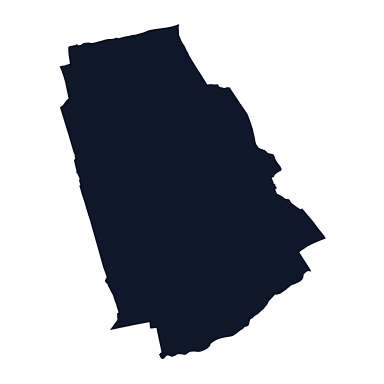 outline of Deleni, Vaslui, Romania, rotated 91°
{"feature_id": "2599482B86595247062374", "entity_name": "Deleni", "entity_type": "district", "adm_level": 2, "iso_a3": "ROU", "parent_name": "Romania", "parent_adm1": "Vaslui", "projection": "mercator", "projection_center": [27.752, 46.541], "detail": "fine", "context": "isolated", "style": "filled", "palette": "ink", "viewbox_px": 384, "rotation_deg": 91, "n_neighbors": 0, "source": "geoboundaries", "source_scale": "gbopen_adm2", "svg_char_len": 5800}
<svg xmlns="http://www.w3.org/2000/svg" viewBox="0 0 384 384"><g transform="rotate(91 192 192)"><path d="M109.9,324.6L126.8,319.1L136.6,315.9L151.0,311.4L153.8,310.5L154.8,310.1L156.4,309.3L157.3,309.2L159.1,309.0L161.3,308.4L162.3,309.8L167.2,308.6L172.1,307.4L172.8,305.8L173.4,307.1L173.7,307.2L174.1,307.4L174.3,307.3L174.3,307.1L174.2,306.7L175.7,306.2L176.2,305.9L178.7,304.7L179.9,304.2L181.4,303.6L181.6,303.7L181.9,304.0L182.2,304.3L182.4,304.4L185.3,303.5L187.1,303.0L187.4,303.0L187.5,303.1L188.1,303.9L189.0,303.5L192.4,302.5L195.8,301.5L204.3,298.5L209.0,297.1L210.9,296.5L212.9,295.8L216.4,294.7L219.1,293.8L221.5,292.9L229.7,290.5L237.9,288.0L253.1,283.4L268.3,278.9L271.9,277.5L275.3,276.2L277.1,275.5L278.0,275.3L279.1,275.3L280.0,275.3L280.4,275.8L280.8,276.2L281.9,276.6L282.3,276.6L283.3,276.4L284.1,275.5L284.7,274.6L285.3,274.2L287.1,273.6L290.9,271.5L292.4,270.8L295.7,268.8L297.4,268.2L298.3,267.9L301.9,266.7L302.6,266.5L303.3,266.0L303.9,265.9L305.0,265.3L307.7,264.6L309.1,264.1L313.8,262.5L314.4,262.6L315.1,264.0L321.4,263.6L330.3,269.9L327.9,259.3L325.2,247.4L322.7,235.2L322.3,233.6L322.2,232.0L322.2,231.5L324.1,231.3L325.3,231.2L326.3,231.1L327.2,230.8L327.5,231.0L328.4,230.9L328.3,229.1L327.5,224.6L331.7,223.7L338.0,222.3L343.6,221.0L344.8,220.7L345.7,220.5L346.0,220.4L352.4,219.0L352.8,218.9L353.4,218.6L354.1,220.4L354.7,220.3L355.1,221.2L356.0,220.7L357.5,220.0L358.3,219.6L358.7,218.9L358.6,218.0L357.8,217.0L356.7,216.2L355.8,215.3L355.2,214.4L355.0,213.6L355.1,212.8L355.4,211.9L355.4,211.1L355.8,210.4L356.4,209.6L356.2,208.8L355.5,206.8L355.0,205.8L354.2,204.8L353.8,204.1L353.6,203.2L353.6,201.0L353.8,199.0L353.9,198.2L354.1,197.1L354.2,196.3L354.1,195.9L353.7,195.3L352.4,193.5L351.6,192.4L351.1,191.6L351.0,190.6L350.8,188.9L350.7,186.9L350.9,184.8L351.0,183.3L350.9,182.1L350.7,180.9L349.9,178.9L349.4,177.6L348.3,175.4L347.6,174.3L346.4,173.2L345.1,171.9L343.8,171.6L343.0,171.3L342.0,170.2L340.9,168.8L339.0,165.8L337.9,163.4L336.7,159.4L336.0,156.4L335.5,153.6L335.0,150.7L334.5,149.0L333.4,147.3L332.4,146.0L330.2,143.2L329.0,141.8L327.3,139.0L325.9,137.8L325.4,137.4L325.0,136.3L324.7,135.0L324.2,134.2L323.5,133.5L322.5,133.3L321.4,133.1L319.9,132.8L318.7,132.4L317.7,132.1L317.3,131.6L317.0,130.7L316.3,129.5L315.0,128.4L314.2,127.5L313.5,126.4L312.3,124.4L309.3,121.3L306.7,118.5L305.5,117.7L302.9,115.5L299.8,114.1L298.8,113.4L297.1,111.8L294.4,109.3L292.8,108.1L292.4,107.4L292.3,104.9L291.4,102.3L290.1,100.4L288.9,98.8L287.8,97.1L286.1,95.3L284.9,93.8L283.5,92.3L282.2,90.1L281.9,88.7L281.1,87.0L280.4,85.5L279.3,83.4L278.5,82.1L277.2,81.0L276.8,80.6L275.3,80.0L273.7,79.8L272.0,79.6L271.2,78.7L269.6,77.2L268.6,75.6L268.2,74.6L268.2,73.8L268.5,72.7L268.3,72.8L266.0,74.2L262.7,76.4L254.7,81.7L250.2,84.8L247.8,81.8L243.8,75.9L242.7,73.8L240.6,70.0L238.2,64.6L235.7,58.5L234.7,59.1L232.3,60.9L227.4,65.1L220.2,70.6L209.9,79.6L207.5,81.7L207.9,82.1L208.2,82.6L208.2,83.2L207.5,84.8L207.0,85.5L206.5,86.2L206.1,86.7L205.8,87.4L205.4,87.9L205.2,88.4L204.7,88.8L204.0,89.9L202.9,91.3L202.2,92.3L200.5,93.8L199.2,94.6L198.8,94.9L198.3,95.2L198.2,96.1L197.9,98.8L197.4,99.6L195.9,101.4L195.3,102.5L194.1,104.7L193.1,107.2L192.3,107.8L191.4,108.2L190.2,108.7L189.1,109.4L188.5,109.6L187.9,109.5L187.0,108.8L186.6,108.3L186.1,108.2L185.7,108.6L185.5,109.0L185.1,109.4L184.9,109.5L184.3,109.4L183.5,109.6L183.0,110.5L182.6,111.2L182.0,111.5L181.4,111.3L176.2,113.6L175.5,112.9L175.0,111.0L172.9,110.2L172.1,109.2L171.2,108.2L169.5,105.8L168.9,104.2L167.7,103.5L165.8,104.4L164.5,105.4L163.8,105.8L163.7,105.9L161.9,107.5L159.2,109.3L158.5,109.6L157.2,110.1L156.0,110.5L154.9,110.9L153.8,111.5L153.5,111.9L153.2,113.2L153.1,113.9L152.9,115.0L152.8,115.9L152.2,117.2L151.9,117.7L151.1,118.5L150.3,119.3L149.6,120.2L149.3,120.9L149.0,122.0L148.6,123.1L148.3,124.3L147.9,125.2L147.5,126.0L146.9,126.9L145.8,127.6L143.7,129.2L141.5,130.0L138.9,130.5L136.0,131.1L133.3,131.8L130.3,132.5L127.9,133.1L122.6,134.9L119.4,136.1L115.4,137.7L113.2,138.7L106.0,143.7L105.9,144.2L104.8,144.6L104.0,145.0L103.8,145.6L102.9,146.1L102.1,146.5L98.9,148.8L96.8,150.2L93.5,152.5L88.3,156.1L87.4,156.7L87.4,157.5L87.4,159.1L87.8,159.8L88.2,161.2L88.5,161.8L88.3,162.4L87.8,163.1L87.6,164.1L87.3,165.8L86.8,167.3L84.6,168.4L84.9,171.3L84.6,175.2L84.9,177.4L85.0,179.1L76.8,184.3L68.3,190.0L60.7,194.9L55.9,197.9L53.9,198.7L50.8,200.5L49.0,201.4L47.0,202.3L46.0,202.9L44.5,204.0L43.3,204.8L41.1,206.0L39.7,206.6L38.4,207.1L37.3,207.6L36.5,208.2L35.7,208.4L33.9,208.5L29.2,208.8L26.0,209.0L25.4,208.6L25.3,208.8L25.9,209.6L26.2,210.2L26.6,211.9L27.3,213.6L27.7,215.3L28.1,217.0L28.4,218.3L28.9,221.2L29.5,225.0L30.0,228.3L30.4,230.9L30.9,233.7L31.6,237.1L32.6,239.8L33.9,242.8L35.2,246.9L36.2,250.4L36.6,252.1L36.7,253.7L37.3,255.9L37.7,257.5L38.3,260.9L40.4,268.4L40.6,269.4L40.1,269.3L39.8,269.6L39.9,270.5L40.9,273.2L41.2,276.2L41.2,278.0L41.5,279.4L41.9,281.3L42.1,282.0L42.6,283.4L42.9,284.5L43.2,285.1L43.4,286.2L44.1,288.6L44.8,291.0L44.9,291.7L45.3,292.9L45.4,293.6L45.5,295.4L45.5,296.3L45.3,296.8L45.2,297.8L45.2,299.1L45.3,300.3L45.5,301.5L45.6,302.5L45.8,302.9L46.8,304.4L47.6,305.3L47.8,306.3L47.8,307.0L48.2,308.1L48.2,308.9L47.2,309.5L47.2,310.1L48.2,310.0L48.0,311.5L48.0,312.4L48.4,313.2L48.5,314.3L48.8,315.1L48.9,316.0L49.1,317.0L49.4,317.2L49.7,317.3L49.8,317.5L53.2,317.4L56.2,317.1L58.3,316.8L59.8,316.5L66.6,315.4L66.7,316.6L67.4,318.2L67.6,319.1L68.6,321.9L68.7,323.3L69.1,325.5L70.1,325.1L72.8,323.9L76.3,322.6L80.8,321.1L84.0,320.1L91.5,318.4L93.6,317.9L100.8,316.3L101.2,316.6L101.8,317.2L102.3,317.8L102.8,318.3L103.0,318.6L103.7,319.0L104.6,319.7L104.8,319.8L106.2,320.8L106.8,321.2L107.5,321.7L108.0,322.1L108.7,322.8L109.1,323.4L109.3,323.8L109.6,324.2L109.8,324.5L109.9,324.6Z" fill="#0f172a" stroke="#020617" stroke-width="1.5"/></g></svg>